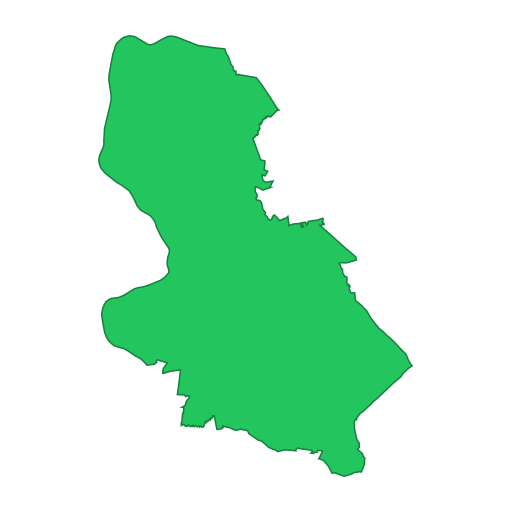 the district of Ūdrīšu pag., Kraslavas, Latvia, rotated 95°
{"feature_id": "27541924B10135077648270", "entity_name": "Ūdrīšu pag.", "entity_type": "district", "adm_level": 2, "iso_a3": "LVA", "parent_name": "Latvia", "parent_adm1": "Kraslavas", "projection": "albers", "projection_center": [27.063, 55.925], "detail": "fine", "context": "isolated", "style": "filled", "palette": "green", "viewbox_px": 512, "rotation_deg": 95, "n_neighbors": 0, "source": "geoboundaries", "source_scale": "gbopen_adm2", "svg_char_len": 6092}
<svg xmlns="http://www.w3.org/2000/svg" viewBox="0 0 512 512"><g transform="rotate(95 256 256)"><path d="M374.4,354.9L373.4,351.5L372.7,347.9L370.6,345.6L369.8,346.3L368.0,345.5L370.2,335.0L376.2,338.6L378.3,338.5L378.3,338.8L381.2,338.5L378.3,331.2L376.0,321.3L394.8,321.9L400.9,322.3L400.7,316.4L400.2,315.8L402.2,313.6L401.5,313.2L401.4,310.5L401.5,310.0L403.4,310.5L406.5,312.6L410.8,313.5L411.4,314.0L413.1,316.6L413.1,314.9L413.7,314.7L419.0,314.7L419.0,315.4L423.5,315.5L424.4,315.2L429.9,315.9L430.2,314.7L431.2,315.6L431.3,315.6L431.0,315.3L430.7,314.2L430.2,313.8L430.5,313.0L431.4,312.0L431.5,311.7L430.9,311.2L431.5,310.8L431.5,310.2L431.8,310.0L431.7,309.5L431.1,308.8L430.3,308.5L430.1,308.2L431.4,307.0L431.7,306.1L431.3,305.5L431.3,305.1L431.0,305.0L431.3,304.7L431.1,304.2L430.1,303.8L431.4,302.8L431.4,302.4L430.8,302.0L430.3,300.0L431.3,299.8L430.5,298.0L431.3,297.3L430.4,296.9L430.1,296.1L431.0,295.7L431.3,294.3L430.8,293.4L430.3,293.1L428.9,292.9L426.8,292.1L425.8,292.3L425.8,292.0L426.5,291.8L426.5,291.1L426.2,290.9L425.5,291.2L425.3,290.9L425.4,290.5L425.2,290.4L424.4,290.6L424.3,290.2L424.6,289.1L423.4,288.5L423.2,288.0L423.4,287.3L421.3,287.2L421.9,286.0L419.9,284.9L419.1,285.4L418.6,284.5L418.8,283.7L432.2,279.8L431.2,275.3L430.5,274.6L428.1,274.3L428.3,273.7L428.7,274.2L429.4,274.3L429.6,273.7L428.5,273.2L428.8,271.5L429.2,270.1L429.2,268.3L429.4,267.0L430.6,264.1L431.2,262.1L431.3,260.8L431.0,259.0L430.1,256.9L430.0,255.6L430.4,251.7L430.4,250.1L431.1,249.1L433.7,247.5L439.3,237.7L439.7,235.2L440.5,233.4L445.7,226.4L446.5,223.6L447.1,222.0L447.6,219.7L449.0,217.3L446.8,210.9L446.5,207.3L446.6,199.3L445.9,199.8L443.5,197.5L444.2,195.0L444.6,184.3L445.6,182.7L447.6,184.2L447.7,181.3L446.8,181.1L446.1,177.9L444.2,177.4L444.3,172.9L445.7,173.1L451.8,175.4L452.4,175.9L453.7,171.1L456.8,167.8L459.5,165.3L465.9,161.3L465.1,159.5L465.3,157.3L465.6,157.2L467.7,148.9L464.5,140.9L463.7,140.3L463.3,139.7L462.9,138.6L462.8,137.5L462.2,134.9L461.7,134.0L462.1,132.3L453.8,129.8L453.8,130.0L447.7,130.0L446.0,132.0L443.9,132.4L439.6,138.0L437.7,136.4L433.3,136.9L431.2,138.8L429.2,139.8L425.0,141.2L418.6,143.0L415.9,143.1L414.0,143.8L411.6,143.5L410.6,142.2L410.6,142.8L403.5,138.3L402.2,136.4L393.0,128.0L392.2,127.7L386.2,121.9L370.3,107.8L363.6,101.0L360.1,99.3L354.3,94.0L351.8,90.9L349.6,92.9L346.3,95.2L340.8,98.0L335.7,104.1L329.5,110.9L325.5,116.0L323.4,119.2L320.4,122.6L316.8,128.0L315.6,128.4L314.5,130.0L307.4,136.5L301.3,140.7L298.0,144.5L297.0,145.4L293.4,150.2L292.4,152.4L289.2,153.5L284.1,154.5L284.5,157.8L283.9,158.7L281.8,159.6L281.3,160.2L279.7,160.3L279.3,159.9L277.7,159.7L277.2,160.5L276.7,160.8L276.7,161.2L277.0,161.6L276.1,161.6L275.9,162.7L274.7,163.5L274.7,163.3L271.7,163.2L269.0,163.7L268.6,164.7L268.6,166.1L266.8,166.9L266.3,167.6L264.9,168.3L263.4,168.4L262.1,168.9L261.6,168.6L261.3,169.7L257.4,171.5L256.9,172.0L256.8,172.4L256.2,172.7L255.4,171.7L255.0,165.4L251.3,155.7L248.4,156.4L243.8,162.5L241.0,166.8L219.9,194.9L219.8,193.9L219.2,192.8L218.7,190.9L217.3,191.4L217.2,191.8L217.3,192.6L217.2,192.9L216.6,192.9L216.5,192.5L215.5,192.7L215.1,192.4L214.6,192.6L213.8,192.2L213.1,192.7L212.7,192.6L212.6,192.8L215.1,198.6L215.8,202.3L217.0,207.0L220.8,208.1L218.0,209.6L219.0,213.6L223.1,211.2L223.4,212.9L219.6,215.1L220.2,217.7L220.4,219.4L221.1,222.1L222.8,226.1L221.2,226.1L213.7,227.7L215.2,229.0L218.7,235.6L218.2,235.8L213.5,241.1L214.5,242.4L215.3,243.0L217.8,243.4L219.0,244.9L219.1,245.5L218.4,246.1L217.9,247.2L215.5,248.7L214.7,249.9L213.8,250.8L211.7,250.4L209.5,252.8L208.7,253.3L204.9,254.3L202.2,255.3L201.2,256.1L200.6,256.8L200.1,258.3L200.4,259.0L200.3,259.8L198.5,261.1L196.9,260.1L195.7,259.9L195.0,260.1L192.0,262.3L187.9,262.9L187.4,262.6L187.0,262.1L187.5,261.3L187.4,260.2L189.5,255.6L189.7,254.7L189.5,254.2L186.3,247.2L186.2,248.2L179.8,245.5L181.8,252.5L180.0,255.7L174.7,257.1L175.4,253.9L170.6,251.7L169.3,255.4L162.6,255.2L160.4,255.5L159.9,259.6L139.2,269.3L139.1,268.9L138.5,268.7L138.0,267.8L137.5,268.1L137.1,267.7L137.1,267.3L135.7,266.6L135.9,265.7L135.3,265.6L135.4,265.2L135.0,265.1L134.5,264.3L133.8,264.7L132.6,264.7L132.3,265.1L131.9,264.9L131.1,265.0L131.1,264.7L130.6,264.4L130.4,263.7L129.4,263.8L128.5,263.1L127.3,263.8L125.5,263.8L124.6,264.4L124.2,263.8L124.4,263.1L124.0,263.2L123.8,262.4L123.4,262.5L123.1,262.2L122.8,262.7L122.5,262.7L121.6,261.2L119.5,261.2L119.2,260.4L119.3,260.0L118.7,260.0L118.3,259.7L118.1,258.3L117.7,258.1L117.3,258.4L117.4,257.7L117.2,257.6L116.1,257.7L116.2,257.0L115.6,256.3L115.9,256.2L115.6,255.8L116.0,255.2L115.8,255.0L116.1,254.7L115.8,254.5L116.1,253.9L115.9,253.6L115.9,253.2L109.3,247.9L108.6,245.9L107.7,247.2L107.1,247.5L106.4,248.4L98.0,254.7L86.1,264.2L78.3,271.2L77.0,286.5L77.1,287.3L77.0,287.9L76.5,288.7L77.4,291.5L73.6,292.2L74.0,292.9L73.9,293.5L72.5,294.3L72.2,295.1L69.6,295.4L67.9,297.1L66.8,297.9L65.5,298.2L64.2,298.7L63.7,299.4L59.7,300.9L56.7,303.5L55.8,303.5L55.0,304.2L52.4,305.1L52.2,316.1L51.3,332.3L45.3,352.4L44.5,355.8L44.3,359.5L44.5,361.1L44.8,362.3L45.9,364.6L48.5,368.8L53.7,376.4L54.8,379.5L54.8,381.3L54.3,382.8L48.5,394.8L47.9,396.6L47.6,400.6L48.2,402.9L49.7,406.9L51.3,408.9L56.0,413.1L58.6,414.2L67.4,416.2L88.1,418.2L93.6,417.9L107.8,414.5L112.2,413.9L118.1,414.5L142.0,418.0L154.5,417.6L157.5,417.3L160.3,417.5L169.0,420.4L173.6,421.1L176.9,420.3L181.6,418.5L186.1,414.1L189.0,410.0L194.7,401.3L197.2,395.9L202.0,388.1L207.7,383.8L216.5,378.7L220.1,375.2L222.4,370.9L223.8,367.2L225.8,363.9L229.6,360.5L232.2,359.0L235.8,357.6L244.2,352.7L247.9,350.0L255.5,343.8L258.3,342.6L261.9,343.0L264.5,343.8L269.1,344.0L272.9,343.6L276.9,341.9L279.6,341.3L281.1,342.0L284.1,344.2L287.0,347.1L288.7,349.3L291.8,355.3L294.0,359.7L296.5,365.5L297.9,370.8L299.1,373.9L301.3,377.2L306.3,383.7L309.4,389.4L310.9,396.4L312.5,399.2L314.8,401.6L317.7,403.0L321.0,404.0L325.3,404.6L328.6,404.5L334.8,403.0L345.4,400.1L349.5,398.1L353.4,395.4L356.1,392.0L357.8,389.3L359.2,383.3L359.7,379.5L362.1,374.5L366.1,367.4L368.3,362.2L370.3,359.4L374.4,354.9Z" fill="#22c55e" stroke="#15803d" stroke-width="1.5"/></g></svg>